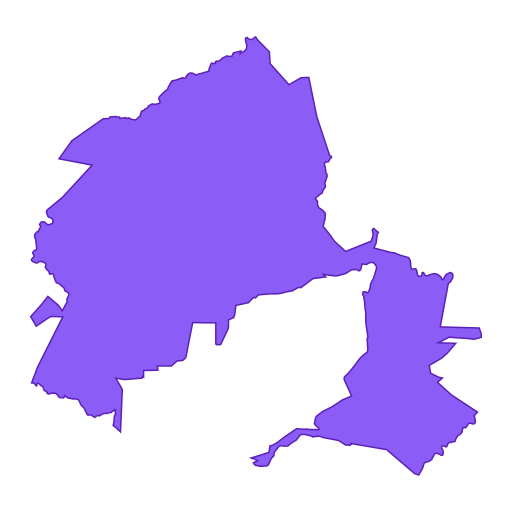 Angel Albino Corzo, Chiapas, Mexico (Albers equal-area conic projection)
{"feature_id": "50627088B21044766508397", "entity_name": "Angel Albino Corzo", "entity_type": "district", "adm_level": 2, "iso_a3": "MEX", "parent_name": "Mexico", "parent_adm1": "Chiapas", "projection": "albers", "projection_center": [-92.692, 15.759], "detail": "fine", "context": "isolated", "style": "filled", "palette": "violet", "viewbox_px": 512, "rotation_deg": 0, "n_neighbors": 0, "source": "geoboundaries", "source_scale": "gbopen_adm2", "svg_char_len": 5958}
<svg xmlns="http://www.w3.org/2000/svg" viewBox="0 0 512 512"><path d="M316.9,117.0L308.8,77.4L301.1,77.7L289.0,84.7L270.1,63.6L269.4,51.9L257.5,39.8L255.7,37.0L254.5,37.3L253.8,38.3L251.1,39.7L248.3,38.8L247.4,37.6L246.2,37.6L245.5,38.7L245.6,40.8L246.9,45.7L246.3,49.2L244.0,51.5L241.0,52.8L240.3,53.5L240.9,51.0L233.6,52.8L232.8,54.0L231.9,56.3L228.8,56.4L226.8,55.9L224.8,57.1L222.9,57.7L219.3,61.0L216.7,61.1L215.6,61.7L215.3,62.3L215.5,63.2L214.1,63.8L212.0,63.0L211.0,63.9L209.0,69.1L208.9,71.1L208.4,71.3L196.0,74.9L192.3,73.1L190.2,73.0L188.5,73.8L187.3,74.9L185.6,77.3L185.6,77.9L185.0,78.2L183.6,78.2L182.8,77.6L176.0,80.1L172.2,80.8L171.7,81.4L171.7,82.2L170.9,82.5L168.2,87.4L167.4,89.6L164.8,91.3L159.3,96.8L158.8,99.4L160.1,101.6L159.6,103.2L155.3,104.4L152.2,103.9L148.5,105.9L148.7,106.2L147.0,108.1L144.7,109.3L144.0,110.2L141.4,111.3L141.2,112.7L140.4,114.1L140.3,116.1L139.2,116.7L135.7,120.0L130.9,119.2L130.1,118.4L128.5,117.9L126.9,118.6L125.6,117.5L123.7,118.1L121.4,118.0L120.0,118.6L119.4,117.6L119.4,117.0L117.2,117.0L115.2,116.5L110.1,116.9L108.9,118.6L103.3,118.7L71.9,140.7L59.0,158.8L92.1,165.1L62.7,197.1L47.1,210.0L46.3,211.9L46.8,212.4L46.9,214.0L48.2,216.9L50.8,217.9L52.4,219.2L53.1,221.2L52.5,223.3L50.2,224.3L48.3,224.7L47.1,224.4L44.3,221.9L41.3,221.9L39.4,224.5L40.8,226.2L38.8,230.6L38.2,231.7L37.4,231.6L36.6,232.2L34.9,234.3L34.5,236.5L35.8,240.0L36.7,248.6L36.4,249.7L34.0,250.7L32.8,252.5L32.7,253.2L34.3,256.0L33.3,257.5L32.0,258.6L31.4,259.7L31.5,260.4L32.4,261.4L36.1,263.0L37.2,263.0L39.2,261.6L41.1,261.6L43.6,262.1L45.8,263.9L46.0,265.2L45.2,267.2L46.8,269.6L48.8,271.4L49.5,274.0L50.3,274.2L52.1,273.5L53.4,274.4L54.3,278.1L55.0,279.2L55.2,280.6L55.8,281.1L56.2,282.6L59.0,283.7L63.9,287.8L65.0,290.9L67.9,292.5L68.7,294.1L68.7,295.4L66.8,299.3L67.3,301.4L62.3,310.8L58.1,305.0L47.9,296.4L42.3,303.6L30.7,316.6L36.2,326.2L48.2,318.0L51.0,316.5L62.8,316.8L37.7,366.8L31.6,382.9L33.7,383.1L34.7,383.8L36.1,385.9L36.7,385.8L37.1,383.6L38.6,383.3L41.1,385.7L42.7,386.5L44.3,390.6L46.5,391.4L46.9,393.0L47.9,393.9L49.6,394.0L51.8,392.8L52.7,393.4L55.0,393.1L57.3,394.6L58.7,396.9L60.0,397.6L63.3,397.9L64.2,397.3L64.4,395.9L65.0,395.6L67.4,397.8L73.5,399.1L75.3,398.8L77.9,399.5L78.8,400.1L81.1,405.2L84.2,408.3L87.2,414.6L88.1,415.2L89.9,414.7L92.0,415.4L92.7,416.3L93.6,416.4L94.6,417.5L97.7,415.4L99.4,415.9L103.7,413.4L107.2,413.5L108.6,412.7L110.7,412.7L114.0,410.2L115.4,409.7L115.1,411.5L115.7,414.1L114.5,415.5L113.8,422.7L113.2,425.2L113.5,425.9L116.3,427.9L120.5,431.9L122.3,389.4L115.8,378.2L124.5,379.6L142.2,378.1L142.6,376.6L143.6,377.1L143.6,370.5L157.9,370.2L157.4,366.0L171.3,366.0L177.2,360.9L182.7,360.5L185.8,357.6L192.7,322.6L215.8,322.9L215.8,344.0L216.5,344.7L220.7,344.6L228.4,328.1L228.5,320.0L233.9,317.4L233.6,316.9L234.7,314.8L235.9,305.4L248.4,302.7L252.1,298.8L253.9,297.4L255.6,297.9L258.3,294.9L270.3,293.8L276.3,293.9L280.9,293.4L284.9,292.2L292.7,290.7L298.4,287.4L300.9,287.7L313.0,278.6L325.8,276.9L323.3,274.4L334.3,275.9L337.9,275.7L345.7,273.5L351.6,269.8L356.4,269.5L359.0,270.9L360.6,269.8L362.1,263.9L366.4,264.5L369.1,263.0L371.5,262.3L373.6,262.8L375.5,265.0L376.5,266.6L376.4,268.9L373.5,278.3L370.5,284.1L370.2,287.3L369.0,291.0L368.2,292.2L367.3,292.8L365.9,291.9L364.6,291.7L362.9,292.1L362.7,293.3L362.8,294.8L363.6,295.8L364.6,302.2L365.1,309.1L365.8,312.0L365.7,321.7L367.9,337.2L367.1,338.4L367.8,349.3L367.5,351.2L366.9,352.4L363.4,355.0L359.9,358.4L352.1,368.7L348.1,373.4L344.6,376.7L344.1,378.1L344.3,379.8L351.6,396.0L342.2,400.0L331.8,406.9L322.5,411.6L316.8,415.9L315.6,417.6L314.4,423.6L315.7,425.6L318.2,427.7L319.2,429.1L318.5,429.6L309.6,429.5L306.6,429.0L304.8,429.3L296.6,428.7L284.3,437.1L277.6,442.3L272.5,445.3L270.0,445.9L268.9,452.4L251.1,458.0L252.6,458.7L253.9,458.6L257.6,460.8L253.4,462.7L254.1,464.2L255.4,465.3L260.6,466.4L266.8,465.9L268.3,465.0L271.2,458.6L274.0,455.6L273.9,453.9L274.5,452.1L279.1,446.2L281.1,445.6L284.0,446.2L287.8,446.0L291.0,443.3L296.5,439.9L300.1,435.1L302.3,434.3L305.4,434.6L311.4,436.0L312.5,437.0L313.0,436.7L319.4,436.2L323.5,437.6L338.7,440.5L345.9,445.2L347.5,444.8L348.8,445.3L350.0,445.3L351.0,444.6L350.9,443.5L386.6,449.6L414.6,473.6L418.8,475.0L422.5,468.4L424.0,463.7L425.0,462.4L429.1,461.3L430.9,460.1L431.9,459.1L434.6,453.9L436.1,453.1L439.4,454.2L440.8,455.1L442.3,455.3L442.9,454.8L443.2,452.6L442.9,450.0L441.6,448.1L441.6,447.0L442.3,446.0L443.9,445.9L445.6,446.8L446.7,446.7L447.6,444.4L448.6,442.9L449.6,442.3L451.2,442.5L452.6,441.8L454.4,441.7L455.2,441.2L455.6,439.4L457.6,435.9L460.6,433.9L462.0,432.4L462.8,427.8L464.3,427.5L465.5,427.8L467.1,426.0L468.4,423.6L470.0,423.1L473.0,424.0L474.4,423.7L475.1,422.9L475.4,421.0L474.4,416.2L474.5,415.3L477.5,412.1L451.4,394.9L437.5,382.3L442.4,378.0L438.7,377.2L430.7,373.3L429.2,365.4L441.6,358.2L447.3,353.2L455.7,343.3L438.3,342.8L449.1,337.2L469.9,338.7L473.9,339.3L481.3,337.3L481.2,333.7L479.2,328.0L440.2,326.9L448.3,283.5L450.3,282.1L452.5,278.4L453.0,275.5L452.5,273.7L451.7,273.1L450.2,272.5L446.5,274.3L445.3,275.6L443.2,279.7L442.1,279.4L441.0,277.1L439.5,275.8L437.1,274.2L434.5,273.6L429.7,274.7L427.1,276.0L424.9,275.1L423.5,272.6L422.7,272.5L422.2,272.6L421.6,275.7L420.0,276.4L418.8,276.2L417.5,275.1L416.9,271.1L415.8,268.8L411.8,269.1L410.7,266.6L410.6,262.5L409.9,259.7L408.5,257.6L398.5,254.7L395.7,253.3L393.6,252.7L390.6,252.4L373.9,248.0L376.1,243.2L377.3,234.1L378.4,232.3L375.3,230.0L374.0,228.5L372.9,228.9L372.3,229.8L373.2,235.1L371.1,241.2L345.6,251.4L334.6,241.4L330.2,235.1L323.2,226.4L324.6,220.1L325.0,219.9L325.3,213.3L322.7,210.3L318.6,207.5L317.5,204.7L317.4,201.1L315.3,198.5L316.4,197.1L318.4,195.9L319.9,194.3L322.1,193.2L322.9,190.5L325.3,187.0L325.5,185.8L324.8,183.2L327.2,176.2L326.9,174.1L325.9,172.8L325.2,167.0L324.6,165.5L324.6,163.0L325.5,161.9L327.2,162.0L328.6,161.6L329.8,159.0L331.6,157.5L331.1,156.2L329.6,155.4L316.9,117.0Z" fill="#8b5cf6" stroke="#5b21b6" stroke-width="1.5"/></svg>